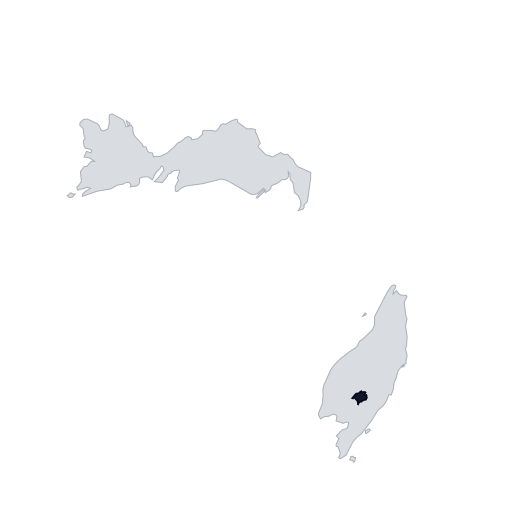 location of Kecil Lojing, Kelantan, Malaysia, rotated 227°
{"feature_id": "92858781B76636493709189", "entity_name": "Kecil Lojing", "entity_type": "district", "adm_level": 2, "iso_a3": "MYS", "parent_name": "Malaysia", "parent_adm1": "Kelantan", "projection": "equal_earth", "projection_center": [101.527, 4.769], "detail": "fine", "context": "in_parent", "style": "filled", "palette": "ink", "viewbox_px": 512, "rotation_deg": 227, "n_neighbors": 0, "source": "geoboundaries", "source_scale": "gbopen_adm2", "svg_char_len": 5744}
<svg xmlns="http://www.w3.org/2000/svg" viewBox="0 0 512 512"><g transform="rotate(227 256 256)"><path d="M436.5,254.0L433.8,253.3L429.9,250.1L426.0,249.0L414.6,249.0L413.0,248.0L410.7,249.9L406.8,248.2L404.5,248.5L402.0,250.4L398.4,248.7L396.7,251.5L394.4,253.3L392.0,260.9L391.5,270.1L392.1,275.7L390.9,278.8L390.5,285.2L389.6,288.0L386.4,289.2L385.0,288.2L382.2,292.2L381.5,293.8L381.4,300.0L383.6,302.0L383.6,303.3L378.9,308.5L374.9,311.5L374.3,314.1L375.9,319.6L375.2,322.1L373.1,323.4L371.5,330.4L369.6,334.9L368.9,335.4L366.1,333.9L355.3,335.9L352.1,339.6L349.1,341.8L346.6,339.7L345.4,339.9L335.4,335.9L335.0,332.5L334.0,331.9L323.6,332.2L317.1,335.8L314.8,344.6L311.3,345.5L308.8,348.6L304.3,348.2L301.5,349.0L297.2,347.6L293.0,347.4L279.8,353.0L275.6,349.0L262.7,333.2L260.8,330.5L260.4,325.6L259.0,324.8L258.5,323.5L258.3,322.1L260.3,318.1L262.3,323.2L265.5,326.0L271.1,328.0L276.3,327.4L283.5,332.5L285.9,333.3L288.4,333.0L293.0,336.9L295.7,337.1L292.1,334.3L291.4,332.2L291.8,329.9L294.2,326.8L294.5,321.9L296.3,317.0L296.7,314.8L295.4,313.0L295.1,310.1L296.1,305.9L298.5,308.0L300.6,307.5L300.5,300.0L302.1,296.7L304.5,294.5L329.3,286.9L333.3,285.1L336.1,282.9L344.9,266.9L355.4,251.8L356.8,246.5L356.7,242.8L357.4,241.9L358.5,241.4L360.8,243.3L362.1,244.8L364.3,251.2L366.4,251.4L369.9,257.6L370.7,258.4L371.7,258.0L374.4,254.0L375.1,251.1L374.5,250.7L375.8,247.3L374.6,245.2L373.6,237.6L379.8,232.2L379.9,238.4L381.7,247.4L384.8,248.7L386.4,248.2L385.5,245.4L385.2,240.1L384.3,236.6L382.3,232.2L387.5,231.2L391.5,226.4L392.1,223.4L389.5,221.6L388.5,219.3L388.4,216.8L392.4,211.1L392.9,212.8L395.5,213.3L396.7,213.2L398.5,210.8L399.4,207.5L402.5,202.8L404.2,195.4L411.9,183.7L418.0,169.7L419.3,170.9L419.7,174.6L418.4,181.2L421.2,179.6L425.8,170.4L428.6,171.9L428.5,174.4L429.6,179.1L437.5,185.2L438.6,191.2L436.9,193.4L437.6,199.2L437.0,201.1L434.5,202.7L441.5,201.1L445.6,197.7L448.1,203.4L444.1,205.6L445.0,208.1L448.8,206.6L451.1,204.7L453.4,205.1L457.0,207.4L458.1,208.7L458.8,211.5L461.5,212.5L466.9,216.4L471.8,216.3L473.5,218.2L473.5,223.2L470.9,226.2L460.7,230.3L458.0,230.1L454.2,228.6L451.6,229.5L449.9,234.3L453.1,239.1L458.4,244.1L459.1,245.3L458.1,247.7L446.1,251.6L443.6,251.2L439.2,248.8L436.5,254.0ZM48.9,186.1L50.2,179.2L52.1,178.9L54.0,182.9L60.3,185.9L62.2,184.9L63.0,185.6L63.9,186.6L65.7,192.0L69.7,192.1L70.1,200.6L68.3,203.9L68.1,206.1L71.0,210.2L72.7,209.2L74.2,205.6L80.8,202.1L83.5,205.9L86.0,205.9L87.8,204.5L89.2,199.9L91.9,196.4L92.9,192.1L96.7,193.2L98.2,194.2L102.5,203.4L108.2,209.9L112.4,213.5L115.0,217.0L122.1,233.7L122.9,239.1L123.3,247.3L122.2,259.8L120.9,266.0L121.2,268.9L123.0,273.4L122.4,277.7L122.7,291.0L124.8,295.8L130.9,301.6L140.0,327.3L141.6,334.5L140.7,337.3L139.1,338.0L137.7,336.6L136.8,333.0L134.7,330.2L134.9,335.3L131.1,334.6L128.3,335.4L125.1,338.9L123.6,339.0L120.8,332.6L110.6,325.2L106.8,323.3L102.9,317.7L93.9,311.5L88.2,305.5L85.8,301.8L80.0,298.5L77.5,294.6L75.0,292.5L76.3,288.7L75.1,281.4L71.0,274.9L69.0,270.3L65.1,265.8L62.1,260.1L63.9,258.4L60.9,252.3L59.9,247.9L59.9,239.6L56.8,227.9L54.1,211.6L54.6,205.9L53.9,199.8L48.9,186.1ZM426.1,164.4L424.7,166.0L424.3,161.7L426.1,159.4L428.7,159.0L428.8,162.9L428.2,163.9L426.1,164.4ZM42.9,185.4L44.5,188.6L43.3,190.4L42.4,190.0L40.6,191.4L38.7,188.3L38.5,186.8L40.7,187.1L42.9,185.4ZM299.4,306.5L298.7,306.9L297.6,305.9L297.4,296.8L298.1,296.0L299.1,297.7L299.4,306.5ZM53.8,216.9L52.1,221.2L50.5,220.7L50.8,215.8L51.7,215.2L53.8,216.9ZM443.4,253.5L440.3,254.1L438.2,254.0L438.5,251.6L439.5,251.2L443.4,253.5ZM140.0,297.0L138.4,297.2L138.0,296.0L139.2,292.9L140.0,297.0ZM75.5,289.4L74.4,289.9L74.5,288.0L75.4,287.0L75.5,289.4Z" fill="#d9dde1" stroke="#a8b0b8" stroke-width="1"/><path d="M77.8,229.6L77.9,229.8L78.0,230.1L78.2,230.3L78.3,230.3L78.3,230.5L78.4,230.8L78.3,231.0L78.5,231.2L78.5,231.4L78.5,231.6L78.5,231.8L78.5,232.0L78.5,232.3L78.4,232.5L78.2,232.8L78.1,233.0L78.3,233.3L78.3,233.5L78.2,233.5L78.1,233.4L77.9,233.5L77.7,233.6L77.6,233.8L77.4,233.8L77.4,234.0L77.5,234.4L77.5,234.5L77.7,234.8L77.6,235.2L77.5,235.4L77.4,235.5L77.3,235.8L77.3,236.0L77.2,236.2L77.0,236.3L76.9,236.3L76.8,236.5L76.9,236.8L76.9,237.0L77.0,237.2L77.0,237.3L77.0,237.5L76.9,237.8L76.7,237.9L76.6,237.7L76.5,237.8L76.4,237.9L76.4,238.0L76.2,237.9L76.0,238.0L75.9,238.2L75.9,238.3L75.9,238.5L76.0,238.8L76.1,239.0L76.3,239.3L76.5,239.5L76.5,240.0L76.8,240.2L76.8,240.3L76.7,240.3L76.7,240.5L76.8,240.7L77.0,240.8L77.3,240.7L77.5,240.7L77.5,240.8L77.9,240.9L78.0,241.0L78.1,241.3L78.3,241.4L78.3,241.6L78.4,241.8L78.6,241.9L78.8,241.8L79.0,241.9L79.0,241.7L79.1,241.4L79.1,241.2L79.3,241.1L79.5,241.0L79.5,240.9L79.6,240.7L79.6,240.8L79.8,240.9L80.0,240.8L80.2,241.0L80.3,241.0L80.5,241.3L80.6,241.6L80.7,241.8L80.8,241.8L81.0,241.7L81.1,241.8L81.3,242.1L81.3,242.3L81.5,242.3L81.5,242.5L81.6,242.4L81.8,242.4L82.0,242.3L82.1,242.5L82.3,242.8L82.4,242.6L82.5,242.5L82.6,242.4L82.8,242.4L83.1,242.3L83.2,242.2L83.3,241.7L83.4,241.4L83.5,241.3L83.7,241.2L83.8,241.2L84.2,240.9L84.3,240.9L84.5,240.8L84.6,240.7L84.9,240.7L85.2,240.8L85.2,240.7L85.2,240.4L85.3,240.5L85.4,240.4L85.5,240.2L85.5,239.8L85.6,239.5L85.6,239.3L85.7,239.0L85.6,238.8L85.6,238.6L85.6,238.4L85.6,238.2L85.7,237.9L85.6,237.6L85.6,237.1L85.7,236.8L85.8,236.6L85.8,236.4L85.9,236.5L86.1,236.5L86.1,236.3L86.2,236.2L86.5,236.3L86.7,236.1L87.0,235.7L87.1,235.1L87.0,233.6L87.0,233.2L87.0,232.8L86.9,232.4L86.8,232.2L86.5,231.9L86.4,231.7L86.5,231.3L86.6,231.0L86.6,230.7L86.7,230.3L86.6,229.9L86.4,230.3L86.1,229.8L86.0,229.6L85.8,229.6L85.6,229.7L85.5,229.8L85.5,230.1L85.7,230.5L85.8,230.9L86.0,231.4L85.8,231.4L85.3,231.3L80.8,231.2L80.0,230.8L79.5,230.6L78.1,229.4L78.0,229.5L77.9,229.6L77.8,229.6Z" fill="#0f172a" stroke="#020617" stroke-width="1.5"/></g></svg>